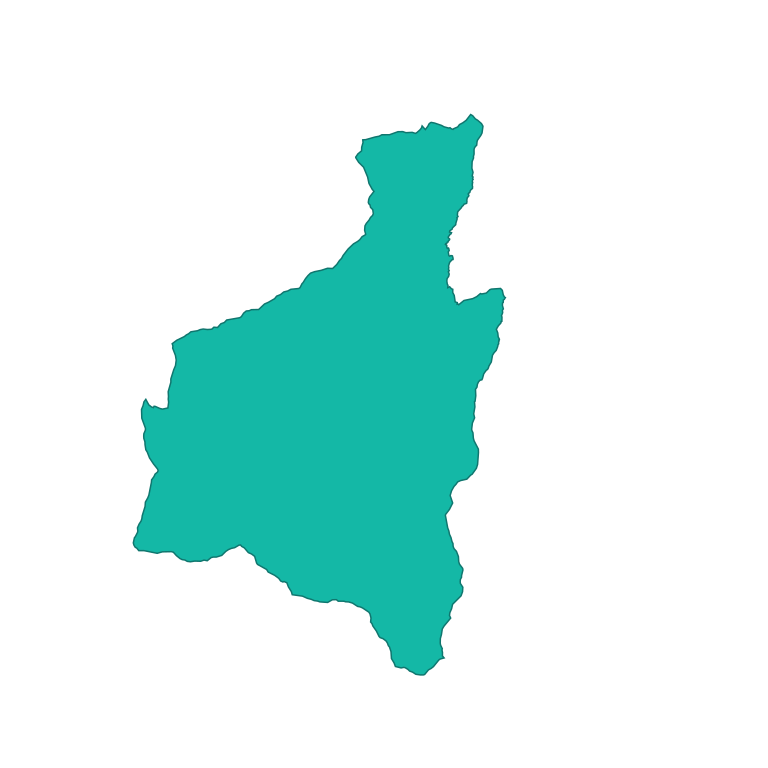 Grinties, Neamt, Romania, rotated 213°
{"feature_id": "2599482B9403430528058", "entity_name": "Grinties", "entity_type": "district", "adm_level": 2, "iso_a3": "ROU", "parent_name": "Romania", "parent_adm1": "Neamt", "projection": "orthographic", "projection_center": [25.842, 47.011], "detail": "fine", "context": "isolated", "style": "filled", "palette": "teal", "viewbox_px": 768, "rotation_deg": 213, "n_neighbors": 0, "source": "geoboundaries", "source_scale": "gbopen_adm2", "svg_char_len": 6171}
<svg xmlns="http://www.w3.org/2000/svg" viewBox="0 0 768 768"><g transform="rotate(213 384 384)"><path d="M534.8,577.2L533.1,575.1L531.7,570.5L529.8,567.3L531.2,562.9L531.3,558.9L530.9,558.4L525.9,556.1L519.2,554.7L510.5,548.7L505.8,544.0L499.8,540.8L497.3,540.1L497.9,533.1L497.4,530.6L496.1,527.8L495.0,526.9L493.2,526.5L491.5,524.8L488.4,524.1L485.7,521.0L485.4,519.1L486.0,516.4L485.8,513.4L486.3,509.0L486.1,506.3L484.0,502.4L480.9,499.6L481.1,498.5L482.6,495.7L482.9,491.8L483.8,489.1L485.9,484.9L487.6,477.8L488.3,469.5L488.0,466.3L488.6,463.3L488.7,458.5L490.0,452.9L494.4,450.3L498.6,445.1L503.4,440.4L506.0,437.0L506.8,433.5L507.2,429.7L507.1,425.0L507.4,423.5L506.9,419.0L507.6,417.6L513.7,412.7L515.4,409.6L518.2,406.6L519.5,402.6L521.9,399.2L522.2,396.0L525.5,389.5L527.8,386.0L529.7,378.2L535.7,374.1L536.9,372.1L539.3,370.2L540.3,367.0L540.3,362.8L541.1,361.0L550.8,352.0L551.4,348.6L553.6,345.7L554.4,340.7L557.6,339.0L558.3,336.2L559.1,335.5L561.8,333.5L565.6,331.6L567.8,329.5L569.4,327.1L574.4,322.6L575.2,319.8L576.5,317.5L577.3,315.0L581.6,307.9L583.6,302.4L581.7,300.9L580.8,299.0L574.5,294.4L571.3,290.9L568.9,285.9L568.1,281.4L565.5,272.1L563.7,269.4L560.8,260.0L558.0,256.2L556.7,253.8L554.7,251.4L552.2,246.2L556.1,242.3L558.7,241.4L563.7,240.6L564.7,240.1L564.5,238.6L566.5,238.1L569.9,238.4L575.4,241.4L575.6,238.3L574.3,234.7L573.5,230.6L568.5,223.4L560.0,217.0L559.0,215.4L558.3,211.5L557.2,209.5L555.7,207.5L553.0,205.3L551.4,203.0L547.9,199.1L545.5,198.0L540.4,194.3L533.7,191.4L527.7,189.4L526.2,188.3L526.0,186.6L526.9,183.8L526.5,181.1L526.7,177.0L525.5,174.8L520.7,162.8L520.1,159.9L519.8,155.0L517.7,151.2L515.0,141.8L513.7,139.1L513.1,136.7L513.1,133.2L512.4,129.1L510.4,126.6L509.9,125.4L509.4,120.5L509.6,119.2L507.7,114.2L506.0,112.7L503.8,111.6L501.9,111.7L498.9,110.7L494.6,113.5L482.0,118.5L478.5,122.5L471.0,127.6L469.0,128.2L464.6,127.0L459.9,126.5L457.6,126.8L455.2,127.9L452.4,128.1L449.5,129.5L446.3,132.4L441.2,135.5L439.0,138.3L436.0,139.5L434.4,144.3L432.9,145.9L430.4,147.5L426.7,151.9L425.5,157.5L424.2,160.5L422.4,163.1L420.1,165.4L417.9,169.8L416.6,170.9L415.0,170.3L411.9,170.5L405.9,168.7L402.5,169.3L398.6,169.0L393.4,164.5L391.8,163.8L381.4,164.5L378.7,163.2L371.4,164.0L366.4,163.7L363.4,162.5L360.9,162.9L360.3,163.9L357.2,164.4L353.7,161.8L348.6,159.4L346.2,157.3L336.8,161.7L331.6,162.5L327.7,163.8L324.6,164.3L321.4,165.8L319.2,166.3L312.3,170.1L309.8,174.9L306.5,177.2L304.1,176.9L299.3,180.0L297.7,180.4L294.9,182.0L291.1,183.1L285.0,183.1L282.6,184.1L280.1,184.5L272.4,184.4L270.5,183.5L267.4,180.6L265.6,177.1L263.6,176.5L261.6,175.0L255.9,172.7L250.7,169.6L249.1,169.2L246.1,169.9L242.3,169.6L240.2,168.7L237.8,166.9L236.3,166.5L232.4,163.4L228.2,157.8L223.7,155.6L220.6,153.3L215.0,155.2L213.2,157.0L211.9,157.6L208.5,157.7L206.2,157.2L203.1,157.9L199.2,157.9L195.3,159.7L192.6,161.4L191.7,162.5L191.0,168.5L189.6,171.0L188.6,173.9L187.7,182.5L187.1,183.9L184.4,187.0L186.9,187.8L188.8,190.8L190.5,192.5L191.0,193.8L194.3,195.8L195.7,197.3L198.1,201.2L199.4,205.2L201.7,210.3L201.8,213.7L200.6,224.0L203.0,225.5L204.2,228.0L204.9,232.3L206.5,236.6L204.0,248.3L205.0,252.6L207.2,256.5L211.3,258.3L212.5,259.8L213.5,261.7L213.7,264.1L214.6,265.5L216.5,271.0L217.6,272.2L222.5,274.0L224.5,275.6L227.6,279.8L232.1,283.1L235.7,284.1L237.6,285.5L239.3,287.8L241.2,288.9L244.2,291.7L247.2,293.6L249.6,296.1L252.2,298.0L261.0,307.3L261.3,308.3L260.8,314.4L261.6,321.6L267.8,326.5L269.2,331.3L269.5,336.2L269.0,339.0L268.9,342.0L267.2,344.7L262.7,349.3L261.7,354.7L260.9,356.4L260.6,363.6L261.7,367.5L267.4,377.9L269.4,380.8L277.5,385.4L279.6,387.3L282.8,391.5L285.3,393.1L286.2,394.5L288.6,399.4L289.6,405.0L292.5,407.8L295.3,414.3L298.5,418.5L298.2,419.1L300.6,424.1L304.4,429.4L304.3,432.0L305.5,434.6L305.9,437.3L305.5,439.5L304.2,440.8L304.4,442.2L305.9,446.9L305.7,451.4L305.1,452.5L305.2,454.1L305.8,456.4L306.0,460.9L308.7,467.3L308.7,470.3L308.2,473.3L309.0,477.1L309.8,479.2L309.7,480.1L310.9,481.9L310.9,482.7L311.6,483.3L311.3,483.8L311.6,484.4L313.9,485.7L316.4,488.8L319.6,491.1L319.8,495.2L319.2,498.5L319.5,499.8L319.9,500.2L319.3,500.8L321.6,504.5L322.6,505.1L323.3,508.4L324.9,510.4L324.8,512.0L327.5,514.4L328.7,516.5L328.4,517.3L329.7,519.5L329.2,520.5L329.3,522.6L330.3,522.5L332.6,523.8L335.8,527.0L338.3,527.6L345.6,522.1L346.6,520.8L347.7,516.0L351.1,512.7L352.4,512.4L353.8,507.8L356.1,503.9L362.4,497.6L364.5,491.2L365.4,491.4L366.1,490.7L366.9,492.2L369.0,491.6L373.3,496.5L376.2,498.2L377.9,500.9L379.3,500.6L381.9,501.3L383.0,499.5L384.1,501.6L385.4,502.3L387.4,504.6L388.5,506.8L388.4,509.5L389.2,511.7L391.2,513.2L391.0,514.5L392.6,515.5L392.9,516.7L394.2,518.2L395.2,521.8L394.6,525.2L393.9,526.0L394.6,527.1L396.4,528.7L397.8,528.2L398.5,527.0L399.5,527.0L402.1,529.8L402.0,531.4L403.6,533.0L404.2,533.1L404.7,532.2L406.0,533.1L406.7,534.3L408.6,534.6L408.6,535.4L407.9,535.9L408.2,537.4L407.6,538.0L407.9,538.6L407.6,540.5L407.8,541.3L409.8,541.6L410.3,542.8L410.0,544.3L410.3,545.2L409.6,546.3L409.8,547.7L411.8,547.1L412.3,548.4L411.2,550.8L411.6,552.3L410.6,556.6L411.4,558.2L412.6,562.4L413.5,563.1L413.1,564.7L414.5,565.6L416.0,568.6L415.1,574.1L415.3,575.2L414.8,576.8L414.8,578.4L413.1,580.5L413.8,582.2L414.7,583.3L415.6,585.6L415.3,587.7L415.6,588.5L416.9,589.2L416.9,590.4L416.5,590.8L416.4,591.7L416.9,592.8L416.9,594.3L416.3,596.1L417.2,597.8L418.4,598.9L418.8,600.1L419.3,600.4L419.4,601.4L420.3,602.0L420.9,603.6L420.7,604.1L421.8,604.8L421.8,605.6L422.4,606.3L423.3,606.4L424.6,610.0L427.8,612.8L431.2,618.5L432.0,622.3L432.9,623.5L433.7,625.9L436.2,629.7L436.7,631.3L436.7,633.0L436.3,634.7L438.0,638.0L438.4,639.6L438.2,645.3L438.5,647.9L441.4,654.1L444.1,655.5L449.2,656.2L451.8,656.1L455.7,657.3L458.1,657.2L458.7,649.9L460.2,645.9L462.0,642.7L462.2,639.7L464.6,636.1L464.8,635.1L466.7,634.7L468.2,634.9L469.1,633.9L473.7,632.4L476.6,632.2L483.7,630.4L486.9,629.1L487.4,628.4L487.9,626.6L487.6,624.0L487.9,619.9L492.6,621.2L492.0,619.0L492.3,616.6L493.3,612.9L494.1,611.3L497.4,610.4L502.5,606.7L505.7,605.9L509.7,603.2L515.2,596.0L521.5,591.9L523.0,589.2L526.1,586.2L532.4,579.0L534.8,577.2Z" fill="#14b8a6" stroke="#0f766e" stroke-width="1.5"/></g></svg>